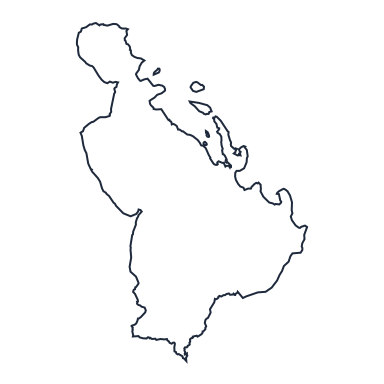 Central Malekula, Malampa, Vanuatu
{"feature_id": "77236927B27410418950848", "entity_name": "Central Malekula", "entity_type": "district", "adm_level": 2, "iso_a3": "VUT", "parent_name": "Vanuatu", "parent_adm1": "Malampa", "projection": "robinson", "projection_center": [167.441, -16.165], "detail": "fine", "context": "isolated", "style": "outline", "palette": "slate", "viewbox_px": 384, "rotation_deg": 0, "n_neighbors": 0, "source": "geoboundaries", "source_scale": "gbopen_adm2", "svg_char_len": 5987}
<svg xmlns="http://www.w3.org/2000/svg" viewBox="0 0 384 384"><path d="M307.1,227.0L304.9,225.6L301.3,226.8L300.0,227.9L298.8,227.7L295.6,225.4L291.9,220.2L290.8,216.5L292.4,213.4L291.7,210.0L292.0,202.3L290.0,195.5L287.6,191.4L285.6,189.7L283.8,188.8L282.9,189.1L279.3,191.0L277.3,192.7L276.8,193.8L278.9,194.1L280.3,200.6L281.2,201.5L281.1,202.6L279.3,204.4L275.5,204.0L274.7,204.6L272.8,203.4L269.2,202.5L263.4,196.8L260.5,191.3L260.9,189.3L260.6,184.7L258.5,182.6L257.7,183.4L256.2,182.9L254.6,183.9L251.5,187.0L250.9,188.6L248.1,188.6L244.5,190.0L243.5,187.7L240.3,186.5L238.2,184.0L235.9,179.9L235.1,176.4L235.3,172.7L236.6,170.9L239.7,170.9L244.1,168.3L246.6,162.3L246.9,158.1L247.7,156.3L246.8,150.0L244.4,146.8L244.9,146.5L243.6,146.0L241.0,147.4L238.9,149.4L239.7,151.3L240.6,151.9L240.0,153.1L239.0,153.6L238.8,154.9L240.2,154.3L240.5,155.4L239.3,155.1L237.8,155.5L233.8,153.5L235.5,151.9L235.6,150.8L236.9,148.9L235.4,148.3L234.3,148.9L231.1,146.0L230.8,144.5L231.1,142.5L230.0,140.2L228.3,134.6L228.6,132.0L227.6,131.2L220.7,120.7L216.8,116.8L215.5,116.4L214.5,117.8L213.3,117.5L213.0,118.0L214.2,119.5L214.3,121.3L216.4,123.9L217.3,127.6L219.2,128.3L219.1,129.3L217.1,131.7L217.6,132.8L219.8,134.1L221.3,136.6L221.5,140.6L221.2,141.9L221.6,145.5L222.7,148.9L222.1,150.2L222.8,154.2L223.6,154.3L225.0,155.9L226.7,159.6L227.0,160.8L226.6,159.9L225.8,160.0L225.5,161.8L226.7,162.7L227.4,162.1L231.0,165.6L231.0,166.7L230.4,166.4L229.9,167.6L228.8,165.8L226.3,165.9L225.4,166.6L223.7,162.8L222.4,162.9L218.6,161.3L217.3,162.4L217.2,163.1L217.8,164.1L217.0,164.9L215.4,164.8L213.7,163.9L210.1,158.4L210.4,157.6L209.0,155.5L205.7,148.1L203.1,145.7L201.2,145.4L199.7,142.6L197.7,140.0L192.9,136.2L190.1,134.9L187.2,134.5L183.0,131.3L182.2,131.4L179.4,129.5L178.1,129.6L176.8,126.1L174.8,124.6L172.9,123.8L171.8,124.4L171.2,121.7L170.0,121.1L169.4,119.8L168.6,120.1L168.2,119.7L161.3,109.2L156.2,109.5L153.6,109.0L153.5,107.7L150.9,105.3L150.0,103.7L149.5,100.1L149.8,100.6L154.5,97.6L157.2,94.8L161.6,93.3L165.0,90.6L165.1,89.2L164.2,87.0L162.2,85.6L158.4,84.8L154.6,86.0L153.2,85.8L147.6,78.7L144.2,79.4L140.8,80.9L140.0,80.7L137.9,78.1L136.1,74.7L136.1,73.7L138.9,69.8L139.6,66.4L141.8,62.6L144.4,60.5L140.8,58.4L137.4,58.0L134.5,56.9L131.9,55.1L130.9,52.8L130.9,50.5L129.9,49.8L130.2,49.1L129.8,46.6L128.0,44.3L126.5,43.9L125.4,40.6L124.8,40.2L124.7,38.2L127.1,34.9L126.4,31.0L127.9,29.2L125.8,28.5L122.0,28.5L119.4,27.1L119.3,26.4L117.3,24.6L116.1,24.1L113.1,23.9L107.5,25.6L103.6,24.9L103.4,24.2L100.4,24.5L99.5,25.4L95.9,23.0L93.2,23.7L91.9,24.5L89.9,24.4L86.1,27.2L81.8,28.5L80.9,31.6L78.8,32.8L77.1,39.6L76.9,42.9L77.0,44.8L78.2,47.2L78.1,50.4L78.7,54.7L80.1,57.3L85.2,61.9L86.2,63.3L89.7,65.5L92.1,66.1L93.5,67.3L98.6,75.7L101.7,79.8L104.3,82.1L107.3,83.2L109.9,81.6L112.8,82.7L115.6,81.9L118.0,82.4L117.0,84.1L116.4,87.0L114.7,88.0L114.3,89.0L115.2,92.0L114.2,93.7L111.0,109.1L111.2,111.9L109.6,114.2L110.0,115.0L109.6,116.0L105.3,117.2L100.2,117.2L98.6,117.9L93.3,121.8L91.7,122.1L88.9,123.9L84.2,127.8L83.0,131.2L80.5,132.7L81.8,135.9L83.4,145.4L84.7,149.8L86.4,153.2L88.2,163.5L90.6,168.8L91.8,169.6L91.3,170.1L92.2,171.7L97.9,178.1L100.1,181.7L102.0,188.3L103.4,191.2L105.8,192.7L106.6,194.0L109.0,195.9L113.5,202.6L115.0,203.8L116.0,205.8L123.3,213.3L130.6,216.3L136.2,214.0L138.1,211.5L138.6,209.5L140.6,210.1L141.7,211.6L138.4,215.3L138.1,216.7L137.0,218.3L135.8,222.3L135.9,224.7L133.2,231.5L132.9,234.4L132.2,235.0L130.4,246.3L130.8,247.7L130.5,249.5L131.2,257.4L129.6,266.8L130.5,271.7L136.0,276.6L138.5,282.8L138.5,283.6L136.2,286.9L135.3,287.3L135.0,289.2L133.8,289.7L133.1,291.9L135.0,293.9L137.8,299.9L137.9,301.4L137.1,301.7L137.4,302.4L137.0,303.2L137.3,304.1L138.5,305.0L140.3,305.5L141.4,306.6L144.7,307.6L145.8,310.4L145.2,312.4L140.8,317.1L138.7,318.6L137.9,318.6L137.5,320.6L136.2,323.5L134.8,324.6L131.6,325.8L131.6,326.3L132.8,327.7L132.4,329.1L132.8,329.8L132.3,331.3L133.2,335.3L132.9,336.5L138.5,336.1L139.5,337.3L142.9,338.3L146.6,338.5L147.8,337.3L148.5,337.3L149.8,338.3L150.2,337.8L152.0,339.0L155.3,338.7L156.3,339.9L160.6,339.0L164.1,339.4L167.0,339.1L167.3,340.3L168.9,341.4L169.5,342.7L171.6,343.7L173.2,342.6L174.4,342.7L174.9,343.8L174.3,347.4L174.5,351.4L176.0,352.1L176.3,353.4L177.7,354.4L178.7,354.1L182.5,356.3L182.9,358.1L184.0,358.5L186.3,361.0L186.0,358.0L187.3,355.5L186.9,355.0L186.9,353.4L185.0,354.6L184.7,353.9L185.2,352.1L184.4,350.6L184.7,349.4L184.3,348.4L185.1,347.3L186.8,347.3L187.6,346.6L187.7,345.8L189.4,344.9L189.8,344.2L189.4,342.8L190.2,341.7L190.0,339.3L191.4,338.1L192.0,338.2L192.9,337.6L192.8,336.6L196.8,335.7L197.5,336.6L198.4,336.2L201.5,334.2L202.5,332.9L202.6,331.5L203.4,331.3L205.4,329.2L205.3,327.9L206.2,326.3L204.8,323.0L205.4,320.1L206.5,318.7L207.9,318.0L210.3,313.3L210.6,312.4L210.0,309.2L214.3,302.3L214.9,298.9L215.8,299.3L216.9,298.9L218.5,297.6L218.4,296.7L219.4,295.9L221.4,296.5L223.4,295.2L225.0,295.1L226.5,294.0L229.0,293.5L230.1,294.8L232.9,294.5L233.5,293.7L234.5,294.9L235.2,295.0L235.5,293.8L237.4,292.8L237.7,291.8L242.9,298.0L246.2,296.4L257.8,292.4L265.6,291.8L271.7,287.6L277.1,280.5L279.7,274.7L282.0,271.1L283.9,266.0L288.6,261.7L290.4,256.3L292.4,253.4L300.6,252.7L302.3,250.1L302.4,248.0L301.7,246.5L302.3,243.2L304.5,239.2L304.2,234.9L307.1,227.0ZM189.7,101.5L190.5,103.1L194.8,106.3L199.2,111.2L203.1,112.8L204.0,113.9L205.8,114.4L206.9,113.8L208.2,114.0L208.8,113.7L209.3,112.0L211.6,111.4L210.1,107.6L207.3,105.2L198.9,102.9L189.7,101.5ZM196.3,91.9L203.7,89.2L204.0,86.7L202.2,84.9L201.0,85.1L197.5,82.4L196.1,81.9L193.3,82.8L190.8,86.3L190.6,87.4L193.0,90.9L196.3,91.9ZM158.8,72.5L159.5,71.3L159.7,69.5L159.3,68.7L157.9,68.6L157.5,69.5L154.4,72.2L153.8,73.3L153.7,74.7L158.8,72.5ZM207.3,136.6L208.7,137.0L209.1,136.5L208.9,135.0L207.6,132.1L205.9,131.0L206.0,132.9L207.0,133.5L206.5,135.4L207.3,136.6ZM204.4,141.9L203.5,143.0L203.7,144.2L205.1,145.2L206.5,144.9L206.8,144.3L206.4,143.2L205.0,141.9L204.4,141.9Z" fill="none" stroke="#1e293b" stroke-width="2"/></svg>